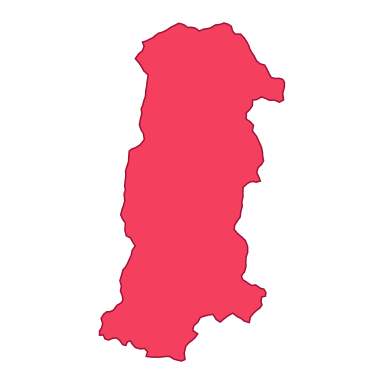 São José do Divino, Minas Gerais, Brazil (Natural Earth projection)
{"feature_id": "56859067B84823872884443", "entity_name": "São José do Divino", "entity_type": "district", "adm_level": 2, "iso_a3": "BRA", "parent_name": "Brazil", "parent_adm1": "Minas Gerais", "projection": "natural_earth1", "projection_center": [-41.373, -18.4], "detail": "fine", "context": "isolated", "style": "filled", "palette": "rose", "viewbox_px": 384, "rotation_deg": 0, "n_neighbors": 0, "source": "geoboundaries", "source_scale": "gbopen_adm2", "svg_char_len": 2815}
<svg xmlns="http://www.w3.org/2000/svg" viewBox="0 0 384 384"><path d="M203.8,29.1L199.2,31.0L195.5,28.2L191.5,27.3L187.4,27.4L184.9,25.3L181.8,24.0L178.7,23.3L175.4,25.0L170.8,27.3L165.9,30.6L161.8,32.4L158.6,33.2L155.6,35.3L152.6,37.9L149.4,39.3L146.4,40.9L142.5,42.1L144.1,46.3L142.4,50.8L138.8,53.7L135.3,58.7L138.6,62.4L141.2,66.1L143.7,70.8L148.2,74.9L147.2,80.9L146.7,85.8L145.8,90.7L145.4,96.5L143.7,101.2L142.7,105.4L141.2,108.8L141.8,113.7L140.3,119.5L139.4,125.0L141.2,130.0L143.5,133.7L144.3,139.6L140.2,144.8L135.3,147.8L131.8,149.0L129.2,151.1L128.8,156.4L128.5,161.8L126.9,166.5L125.6,170.9L125.8,175.9L125.1,181.6L124.7,186.1L125.4,189.9L124.1,193.9L124.8,200.8L123.4,205.8L122.1,209.3L120.7,214.9L122.8,219.4L125.4,223.2L124.9,230.2L126.3,235.8L130.4,237.8L132.4,241.4L135.2,245.9L132.3,250.1L131.1,255.6L129.3,259.4L127.4,263.7L125.5,267.1L123.0,269.7L121.7,274.7L119.9,280.6L121.4,286.1L120.4,290.9L122.3,295.8L123.0,300.1L120.9,303.1L117.0,305.3L113.4,310.2L110.0,311.7L106.8,311.8L103.8,314.0L101.1,318.5L102.7,323.5L101.6,328.0L99.5,331.0L99.5,335.2L103.3,335.0L105.0,338.9L108.5,340.0L113.4,338.1L116.8,338.1L119.8,340.5L122.6,344.5L125.8,345.5L127.3,341.9L130.4,340.8L132.1,343.9L135.5,347.6L140.2,348.9L144.7,348.6L147.5,351.8L146.2,356.4L151.6,357.1L157.5,357.2L162.5,356.9L166.5,356.4L169.9,356.6L174.1,359.2L178.4,360.3L181.6,361.0L185.0,359.5L184.2,353.0L185.8,346.2L188.8,342.8L191.5,340.8L195.0,337.7L197.7,333.8L192.7,330.4L193.8,325.7L197.7,322.3L200.4,317.4L205.4,315.8L209.6,314.8L213.1,314.5L216.2,319.5L220.1,322.1L223.6,319.2L227.0,316.5L230.0,314.6L233.0,313.2L236.6,316.2L241.6,318.8L244.3,321.1L249.3,322.6L250.3,317.2L253.5,313.2L256.8,310.2L260.0,307.9L261.9,305.0L261.1,301.5L261.6,297.0L265.4,296.2L265.9,292.6L263.9,289.1L260.4,288.3L255.6,284.9L251.7,285.5L248.5,283.5L245.6,281.4L242.8,279.8L241.4,276.0L244.5,271.7L246.0,266.5L245.8,261.9L246.0,257.4L247.7,252.2L247.6,246.4L245.3,240.4L241.7,237.0L237.4,233.4L234.2,229.5L234.6,225.4L237.3,221.0L240.1,217.2L240.9,211.3L242.3,206.0L241.8,201.4L243.0,197.2L242.9,192.9L243.1,187.3L246.8,184.0L249.5,182.2L252.5,181.4L256.2,182.2L260.4,181.0L258.4,176.0L256.7,172.5L258.1,167.7L261.9,164.0L263.6,160.6L262.8,157.1L262.4,151.9L261.4,147.0L259.2,142.2L256.7,136.6L252.4,130.9L253.5,125.4L250.3,121.8L246.1,119.0L246.5,112.6L249.8,109.6L252.5,105.4L252.5,100.2L256.8,99.5L261.6,96.9L265.4,98.3L269.2,100.2L274.6,100.1L279.3,102.2L283.6,99.9L282.7,93.5L284.3,87.2L284.5,82.4L282.6,79.3L279.0,78.3L275.2,78.5L271.3,77.5L269.4,74.3L267.3,69.8L264.7,65.1L260.1,63.8L256.6,60.9L254.2,56.1L251.7,52.4L249.8,49.0L248.7,45.5L246.8,41.9L244.2,37.9L240.6,34.1L235.2,34.1L232.5,31.0L231.4,26.4L228.3,24.3L224.0,23.0L220.3,24.4L215.3,25.0L210.4,28.0L206.9,28.7L203.8,29.1Z" fill="#f43f5e" stroke="#9f1239" stroke-width="1.5"/></svg>